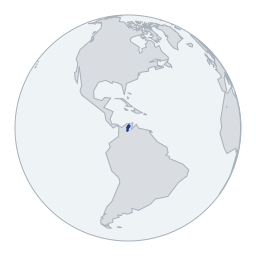 Cesar highlighted on a globe, orthographic projection, rotated 15°
{"feature_id": "COL-1414", "entity_name": "Cesar", "entity_type": "Department", "adm_level": 1, "iso_a3": "COL", "parent_name": "Colombia", "parent_adm1": "", "projection": "orthographic", "projection_center": [-73.578, 9.272], "detail": "fine", "context": "on_globe", "style": "filled", "palette": "blue", "viewbox_px": 256, "rotation_deg": 15, "n_neighbors": 0, "source": "natural_earth", "source_scale": "10m", "svg_char_len": 8704}
<svg xmlns="http://www.w3.org/2000/svg" viewBox="0 0 256 256"><g transform="rotate(15 128 128)"><circle cx="128" cy="128" r="113" fill="#eef3f6" stroke="#a8b0b8"/><path d="M119.1,129.8L116.4,128.6L113.8,131.9L104.8,126.3L101.6,119.6L74.6,108.0L72.0,104.6L72.3,99.1L64.9,81.0L67.4,97.8L64.2,94.4L62.0,88.3L63.6,86.9L62.7,78.4L60.1,75.0L61.4,64.8L69.5,52.7L70.1,54.7L72.0,51.9L71.4,49.4L70.5,48.6L76.2,38.3L75.4,33.4L71.5,34.5L75.3,32.5L65.3,36.8L62.5,37.4L67.9,35.2L70.2,33.9L69.5,33.3L71.7,31.9L72.6,31.0L75.3,29.5L78.3,28.7L80.1,27.8L79.4,27.5L81.7,26.1L82.4,26.6L86.5,24.3L92.3,23.4L91.9,27.3L97.3,26.7L103.0,31.1L104.7,29.9L108.0,31.3L111.2,30.6L111.3,31.9L113.8,30.2L113.1,29.2L113.9,28.2L115.8,27.7L116.2,29.3L115.4,29.7L116.5,30.0L115.9,31.0L117.2,30.2L117.6,32.4L120.0,29.7L122.6,31.0L122.0,32.6L118.5,33.1L108.7,39.1L107.1,41.5L108.4,44.0L118.3,47.0L118.0,49.6L120.2,52.7L122.0,50.7L120.9,47.7L124.8,45.3L123.0,42.3L124.3,41.0L123.9,38.0L127.8,37.8L131.8,39.5L132.3,42.1L134.1,43.0L136.7,40.3L140.7,45.3L148.6,49.2L149.2,50.8L144.9,53.8L137.0,54.1L131.3,59.3L138.9,55.5L140.3,60.1L142.2,60.8L144.4,60.5L145.4,58.7L146.7,60.4L139.7,64.4L138.4,63.0L140.6,61.6L136.9,61.9L132.2,65.3L133.3,67.7L125.0,71.3L125.7,73.2L124.3,75.2L123.8,71.9L124.6,78.1L115.0,85.4L115.9,97.0L110.8,88.0L106.4,87.0L101.1,87.2L101.2,89.1L94.1,87.7L87.6,91.6L85.2,100.8L87.5,108.0L95.4,108.4L97.8,104.4L103.6,103.6L99.3,114.4L109.4,116.0L108.4,124.1L111.3,128.3L116.4,127.2L121.7,129.2L125.4,124.4L131.5,121.8L131.7,128.4L135.0,122.3L138.4,125.4L150.4,124.8L149.5,126.3L159.7,133.7L170.6,136.6L173.1,141.3L171.8,144.3L175.5,144.9L175.6,146.8L190.3,148.7L197.6,152.8L197.2,159.4L190.8,167.6L184.3,183.7L172.7,189.6L169.3,195.8L159.4,204.9L152.4,204.6L154.0,208.6L149.8,211.3L145.1,211.6L144.0,214.4L140.5,214.6L142.6,216.4L136.6,220.0L137.9,222.8L133.5,225.5L134.5,227.1L132.9,227.0L131.2,227.6L131.0,228.4L126.4,227.0L125.4,223.5L127.3,221.6L125.2,221.3L129.2,216.3L126.9,217.4L128.0,209.6L131.5,202.9L134.3,182.6L132.0,178.5L123.4,173.7L113.0,157.8L115.9,151.2L113.6,148.0L121.0,138.6L119.1,129.8ZM22.5,94.3L23.3,91.8L23.1,93.5L22.5,94.3ZM23.6,90.2L23.4,91.1L23.5,90.3L23.6,90.2ZM23.6,89.6L23.6,90.0L23.5,89.8L23.6,89.6ZM23.5,89.2L23.6,89.3L23.5,89.2ZM115.3,100.9L126.9,106.5L120.3,107.3L121.5,106.2L118.6,103.9L113.1,101.8L107.3,103.1L115.3,100.9ZM23.7,87.8L23.8,87.3L24.0,87.2L23.7,87.8ZM120.5,94.4L118.5,94.0L120.5,94.0L120.5,94.4ZM69.8,48.5L71.2,49.6L70.9,52.5L69.5,51.7L69.8,48.5ZM70.7,43.6L71.9,43.5L69.7,46.1L69.7,45.4L70.7,43.6ZM68.1,35.8L68.8,36.1L67.4,36.3L68.1,35.8ZM72.2,31.1L71.3,31.5L72.2,30.9L72.2,31.1ZM121.8,38.3L122.8,38.1L122.3,38.8L121.8,38.3ZM120.6,37.2L119.3,38.1L118.6,37.7L119.4,37.2L120.6,37.2ZM77.1,28.1L78.7,27.1L77.6,28.0L77.1,28.1ZM122.3,36.3L117.4,36.9L116.2,36.3L118.1,33.9L122.3,36.3ZM80.0,26.5L84.0,24.4L82.3,25.1L89.2,22.4L83.6,24.8L82.4,25.6L81.7,25.7L80.0,26.5ZM112.0,29.0L112.9,30.1L110.5,29.7L112.0,29.0ZM110.3,29.0L101.7,29.6L101.3,28.1L104.3,28.0L102.4,26.5L106.5,25.4L108.4,26.0L107.9,27.2L109.9,25.9L110.3,29.0ZM92.4,21.4L93.8,20.9L92.9,21.3L92.4,21.4ZM114.1,27.7L112.4,27.9L111.9,26.5L115.3,25.9L114.3,26.5L114.1,27.7ZM100.0,26.8L100.2,25.8L103.6,24.6L104.2,24.1L106.6,25.3L100.0,26.8ZM115.4,26.6L117.0,25.7L118.9,26.0L115.7,27.5L115.4,26.6ZM110.4,26.4L110.4,25.7L111.5,25.9L110.4,26.4ZM126.4,27.1L124.4,27.1L124.0,26.4L126.4,27.1ZM117.5,25.3L116.8,25.2L116.4,25.0L117.9,24.5L117.5,25.3ZM108.8,24.4L110.2,24.2L108.0,23.8L110.4,23.1L111.6,24.1L112.1,23.3L112.9,23.1L113.0,24.2L108.8,24.4ZM118.2,23.3L120.5,24.7L124.3,24.7L124.8,25.4L118.5,25.2L118.2,23.3ZM115.1,23.7L117.1,23.6L116.7,24.3L115.0,24.9L115.1,23.7ZM111.7,22.3L107.6,23.1L107.5,22.9L111.7,22.3ZM119.4,23.1L118.8,22.9L119.7,23.1L119.4,23.1ZM114.1,22.3L112.7,22.6L112.6,22.3L114.1,22.3ZM118.8,22.1L119.5,22.5L118.5,22.8L118.8,22.1ZM116.7,22.1L116.9,21.6L117.6,22.7L116.1,22.2L116.7,22.1ZM114.3,22.0L113.8,21.9L114.9,21.9L114.3,22.0ZM122.5,20.7L123.6,22.0L121.2,22.7L120.4,21.3L122.5,20.7ZM134.0,229.9L126.7,227.6L130.8,228.7L133.9,227.3L137.7,229.1L134.0,229.9ZM142.9,226.4L146.3,225.5L147.1,225.9L144.9,226.6L142.9,226.4ZM212.8,53.8L213.5,54.7L215.9,57.5L216.9,58.9L218.1,60.5L213.9,55.4L212.0,53.3L206.5,49.1L208.7,51.5L214.0,55.8L213.7,55.8L216.8,59.7L214.2,56.7L207.8,52.0L208.1,55.1L213.6,66.2L212.7,68.2L209.5,67.5L202.1,57.9L205.1,54.7L202.6,51.8L197.4,48.8L198.8,48.3L197.0,46.8L197.7,45.7L194.2,41.3L194.3,40.2L188.6,36.0L187.8,35.0L191.4,37.6L193.9,39.1L193.4,37.0L192.1,35.8L188.4,33.5L188.8,33.4L185.3,31.4L182.9,29.7L182.9,30.3L178.6,28.1L174.8,26.0L173.4,25.5L179.6,29.0L182.0,30.3L184.1,31.3L190.8,35.8L191.9,37.2L184.9,33.2L185.7,34.9L179.9,31.6L166.8,23.4L163.6,21.6L166.9,22.3L170.5,23.7L170.8,23.9L173.8,25.1L181.1,28.7L188.1,32.7L194.8,37.3L201.2,42.4L207.2,47.9L212.8,53.8ZM92.3,21.2L93.5,20.8L89.2,22.4L82.3,25.1L78.0,27.1L92.3,21.2ZM233.3,168.1L235.5,161.3L238.0,152.1L239.2,145.5L239.6,132.6L239.7,124.1L239.2,121.2L238.4,123.0L237.5,119.6L236.8,120.2L230.3,127.0L226.6,123.2L218.3,109.6L218.2,102.7L215.3,95.8L212.5,68.6L215.3,68.7L216.9,62.3L217.7,62.6L221.1,67.8L225.2,71.2L222.3,66.3L222.3,66.5L226.5,73.4L230.2,80.7L233.4,88.2L236.0,96.0L238.0,103.9L239.5,111.9L240.4,120.0L240.6,128.2L240.3,136.3L239.4,144.4L238.0,152.5L235.9,160.4L233.3,168.1ZM217.4,81.1L218.3,83.2L217.4,81.1ZM150.8,124.7L152.3,125.9L150.4,126.0L150.8,124.7ZM119.4,110.0L121.8,110.1L123.1,111.1L121.2,111.5L119.4,110.0ZM140.0,109.8L142.9,110.3L139.9,110.9L140.0,109.8ZM128.7,107.2L137.8,109.6L132.1,111.7L126.4,110.2L130.3,109.6L128.7,107.2ZM119.4,98.2L120.9,98.7L120.4,99.9L119.4,98.2ZM122.0,94.4L121.4,94.5L120.6,93.6L122.0,94.4ZM140.7,59.9L141.3,59.6L143.6,59.7L142.5,60.5L140.7,59.9ZM153.3,56.0L155.1,58.8L153.1,57.2L152.0,58.6L146.5,57.3L149.3,51.6L149.0,54.3L153.3,56.0ZM139.8,54.4L143.0,55.6L139.4,54.5L139.8,54.4ZM186.8,41.0L188.5,41.4L190.4,43.2L190.4,45.6L187.6,42.9L186.8,41.0ZM190.5,41.6L183.5,37.6L183.3,36.2L184.6,37.6L185.1,37.1L187.4,39.3L194.0,42.3L196.1,44.2L194.8,47.0L194.1,44.9L192.5,44.5L190.5,41.6ZM166.2,32.6L163.2,31.6L166.6,29.8L169.0,31.0L169.1,33.2L166.3,33.2L166.2,32.6ZM126.8,32.3L125.4,32.6L125.3,32.1L126.3,31.4L126.8,32.3ZM125.5,27.2L132.6,30.5L131.4,31.0L137.0,32.8L136.0,34.8L132.4,33.5L135.8,36.6L132.2,36.3L134.8,38.4L126.9,35.3L123.8,35.4L127.7,34.4L128.7,32.5L128.2,31.7L124.4,29.6L118.2,29.1L118.2,27.4L119.8,26.4L121.3,26.2L120.9,27.3L123.2,26.3L123.7,27.8L125.5,27.2ZM139.3,19.1L138.2,19.7L143.0,19.4L143.5,20.3L144.0,20.2L145.7,21.1L148.8,22.0L148.5,22.4L149.8,22.7L151.0,23.3L152.7,23.9L152.8,24.9L154.9,25.6L153.7,25.7L157.3,26.8L154.7,26.5L156.0,27.6L157.8,27.3L154.0,33.1L154.4,36.4L156.2,39.5L151.5,38.9L146.7,35.9L142.7,32.2L142.9,29.3L140.7,29.8L140.2,28.6L142.2,28.8L138.8,27.9L138.9,27.1L135.3,24.7L130.4,24.5L129.0,23.8L130.9,23.5L128.1,23.0L130.8,22.0L129.9,21.6L131.6,20.4L135.9,20.3L134.5,19.8L135.8,19.1L139.3,19.1ZM123.1,20.4L128.2,19.7L130.9,20.0L126.8,22.1L127.3,22.7L124.7,24.4L120.8,24.0L121.9,23.5L122.0,23.0L123.2,23.3L122.4,22.7L123.8,22.0L123.6,21.4L125.3,21.3L123.1,20.4ZM216.4,60.3L216.6,60.2L216.5,59.4L218.4,62.0L216.4,60.3ZM212.2,57.1L212.1,56.5L214.7,59.4L214.5,59.7L212.2,57.1ZM209.7,53.8L211.9,56.2L210.6,55.1L209.7,53.8ZM191.1,37.1L190.6,36.4L191.5,36.9L192.7,37.9L191.1,37.1ZM153.7,19.7L152.6,19.7L151.9,19.5L148.1,19.0L147.5,18.5L149.5,18.6L153.7,19.7ZM152.3,19.1L150.9,18.9L151.5,18.8L152.3,19.1ZM146.8,18.1L147.1,17.9L146.9,18.4L146.8,18.1ZM132.8,15.5L131.1,15.4L130.7,15.4L132.8,15.5ZM142.9,16.6L144.7,16.9L144.2,16.9L142.9,16.6ZM93.2,21.0L93.7,20.9L92.5,21.3L93.2,21.0Z" fill="#d9dde1" stroke="#a8b0b8" stroke-width="1"/><path d="M129.3,125.7L129.3,125.8L129.2,126.2L129.1,126.6L129.1,126.8L129.1,127.1L128.9,127.4L128.8,127.5L128.7,127.6L128.6,127.8L128.5,128.0L128.4,128.1L128.3,128.3L128.3,128.7L128.3,128.8L128.3,129.0L128.2,129.0L128.0,129.3L128.1,129.5L128.1,129.8L128.3,129.8L128.3,129.7L128.4,129.8L128.4,130.0L128.3,130.3L128.4,130.5L128.5,130.5L128.4,130.7L128.4,130.8L128.4,131.0L128.2,131.1L127.9,131.0L127.7,131.0L127.7,130.9L127.8,130.8L127.8,130.7L127.7,130.6L127.6,130.3L127.6,130.2L127.6,129.9L127.7,129.7L127.6,129.4L127.5,129.2L127.6,128.9L127.4,128.8L127.5,128.6L127.6,128.4L127.4,128.3L127.4,128.2L127.3,127.9L127.2,127.9L127.1,127.7L126.9,127.6L127.0,127.5L127.1,127.4L127.3,127.4L127.5,127.4L127.5,127.2L127.4,126.9L127.3,126.7L127.2,126.7L127.1,126.4L127.1,126.2L127.3,126.0L127.3,125.9L127.5,125.8L127.7,125.7L127.8,125.7L128.0,125.6L128.0,125.4L127.9,125.3L128.0,125.2L127.9,125.1L127.9,124.9L128.2,124.9L128.4,124.9L128.5,124.9L128.6,125.0L128.8,125.2L129.0,125.3L128.9,125.4L128.9,125.5L128.8,125.8L129.0,125.8L129.2,125.7L129.3,125.7L129.3,125.7Z" fill="#3b82f6" stroke="#1e3a8a" stroke-width="1.5"/></g></svg>